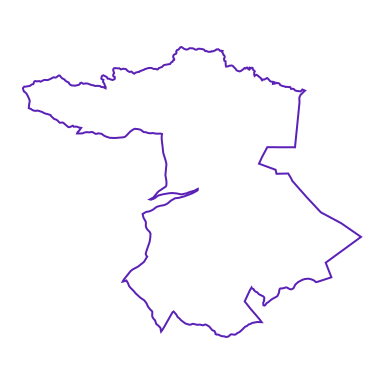 Maragwa, Central, Kenya
{"feature_id": "3690345B66962140424276", "entity_name": "Maragwa", "entity_type": "district", "adm_level": 2, "iso_a3": "KEN", "parent_name": "Kenya", "parent_adm1": "Central", "projection": "albers", "projection_center": [37.15, -0.878], "detail": "fine", "context": "isolated", "style": "outline", "palette": "violet", "viewbox_px": 384, "rotation_deg": 0, "n_neighbors": 0, "source": "geoboundaries", "source_scale": "gbopen_adm2", "svg_char_len": 5809}
<svg xmlns="http://www.w3.org/2000/svg" viewBox="0 0 384 384"><path d="M361.0,236.9L341.3,223.3L320.8,212.3L306.8,197.3L292.4,181.0L291.1,178.3L288.2,173.5L276.5,173.8L275.6,169.8L259.0,163.7L262.1,156.9L267.3,147.2L295.0,147.3L299.5,102.4L299.3,98.4L299.5,97.1L300.5,94.9L305.0,90.6L302.3,89.5L301.5,90.7L300.3,91.4L296.7,90.9L295.0,90.4L294.1,89.3L293.2,88.8L291.0,88.9L290.6,87.7L289.8,86.9L288.7,87.1L286.7,86.8L285.7,87.0L284.9,86.5L282.4,86.0L280.0,84.9L279.6,83.8L278.7,83.2L277.7,83.2L276.7,82.8L275.6,83.4L272.9,83.9L273.0,82.8L273.9,82.1L273.0,81.8L271.0,81.6L270.2,81.2L268.1,78.8L267.1,78.0L264.8,79.3L263.9,79.6L262.9,79.4L262.1,80.3L261.5,79.5L261.0,78.3L257.6,75.5L256.5,74.8L255.4,75.2L254.6,75.9L254.2,74.8L254.2,72.5L254.8,71.3L252.8,69.4L252.7,68.1L252.0,67.7L250.7,68.1L249.5,67.6L249.0,68.3L250.0,68.8L249.5,69.6L248.5,69.3L247.0,67.5L246.2,67.8L245.6,68.5L244.4,68.1L243.7,68.9L241.7,70.4L240.6,71.1L239.5,71.4L237.5,70.8L236.2,69.9L235.5,68.7L232.7,65.9L231.7,65.5L229.4,65.7L228.3,66.3L226.1,66.6L225.8,65.6L225.5,61.2L224.4,60.8L224.1,59.8L224.0,58.6L224.6,57.8L224.7,56.5L224.3,55.5L223.5,55.0L223.2,53.9L222.1,52.1L222.6,51.0L221.3,50.7L220.2,50.9L219.3,49.9L218.2,49.2L217.3,49.5L216.5,49.4L215.4,50.3L212.7,51.4L211.6,51.2L210.7,51.8L208.3,51.8L206.2,50.9L205.3,51.1L203.8,49.5L201.1,48.9L198.4,48.7L196.6,49.7L194.8,49.4L193.8,48.7L192.6,48.3L189.6,48.2L187.8,49.3L186.2,49.6L184.1,48.8L181.5,47.0L180.4,47.3L178.4,49.7L177.2,49.9L176.2,51.4L176.5,52.6L176.1,53.7L174.8,54.2L173.6,55.1L173.2,56.3L173.2,57.2L174.3,59.2L173.9,60.2L172.9,60.5L172.5,61.8L171.3,62.3L170.1,64.0L164.2,65.0L163.5,65.4L162.1,66.9L158.7,68.2L158.1,69.1L157.2,69.5L156.0,69.0L153.6,68.9L151.7,68.1L150.2,67.9L148.7,68.0L144.9,69.1L144.0,69.7L139.9,71.2L139.3,71.9L138.3,71.9L135.5,72.7L134.2,73.7L132.9,72.9L131.6,71.6L129.4,71.9L128.6,71.5L127.6,70.9L125.9,69.1L123.3,68.7L120.9,69.4L119.4,68.3L118.5,68.4L115.1,68.1L114.0,68.3L113.3,69.2L113.2,70.3L114.1,73.1L113.2,74.7L113.2,75.8L113.5,76.5L114.7,76.9L114.8,77.9L114.7,78.9L113.7,79.6L112.6,80.0L110.2,79.3L108.9,78.6L107.7,78.7L106.7,77.0L103.3,75.3L102.2,75.8L101.7,76.6L101.3,78.3L101.6,79.1L103.4,79.8L103.0,81.7L104.3,83.7L104.8,85.5L105.7,87.2L105.6,88.3L103.2,87.1L101.2,87.0L100.1,86.1L97.4,85.8L95.0,86.0L93.2,85.2L92.0,85.2L87.7,83.6L86.1,83.4L83.4,83.8L81.3,82.7L80.3,83.0L79.8,84.1L78.9,84.8L75.2,85.7L71.6,85.4L70.0,84.5L69.2,83.7L68.8,82.6L66.4,81.4L65.3,80.6L64.6,79.6L61.8,78.1L59.7,75.5L58.7,75.5L56.6,77.1L55.6,77.6L53.4,77.3L50.9,78.7L48.5,79.8L47.5,80.1L44.6,79.9L43.5,80.2L40.5,81.7L39.4,81.1L36.6,81.4L35.4,81.0L34.3,81.5L33.3,84.1L31.9,84.4L29.9,85.9L25.2,86.7L24.3,86.6L23.4,87.4L23.0,88.2L23.1,89.1L23.9,91.4L24.9,92.1L26.4,93.5L27.8,96.0L29.6,100.1L29.7,101.3L29.0,105.4L28.8,108.2L30.8,108.9L32.7,110.2L33.8,110.6L36.0,110.9L37.1,110.6L38.3,110.7L42.4,112.1L44.5,113.3L49.6,114.7L50.7,115.2L51.1,116.1L54.2,119.0L56.2,119.6L57.5,120.5L59.5,122.6L60.6,122.7L62.4,122.5L63.3,122.8L68.2,127.0L69.5,127.2L72.9,125.7L73.7,126.7L76.4,126.6L79.0,127.5L81.1,127.9L79.1,130.7L77.6,132.2L77.1,133.5L82.3,133.4L84.7,132.5L86.7,132.1L89.0,132.4L91.7,132.0L92.6,132.1L95.4,133.8L96.9,133.8L98.2,133.3L101.6,133.8L103.8,135.5L105.5,136.4L109.7,137.8L115.1,138.0L123.2,137.3L124.5,137.0L125.6,136.4L130.2,131.6L132.6,129.9L133.8,129.2L134.9,128.8L138.4,129.2L140.7,129.8L143.6,132.0L146.1,132.3L148.4,133.1L151.0,133.3L152.4,133.0L156.5,133.7L160.6,133.6L162.0,134.0L161.7,136.3L161.7,139.2L163.3,153.1L165.4,159.8L166.3,163.3L166.4,164.6L165.4,175.1L166.3,180.3L166.5,182.7L166.4,185.0L166.2,185.8L165.7,186.6L158.8,191.2L157.7,192.2L153.4,197.5L149.8,199.4L150.8,199.7L153.3,198.9L155.0,198.0L156.7,196.6L158.4,195.5L162.4,194.4L168.7,193.3L172.1,193.0L176.5,193.4L181.3,194.4L186.6,193.3L189.2,192.2L194.7,190.6L196.9,189.3L197.8,188.9L197.8,190.0L197.1,190.7L192.2,193.4L183.9,196.5L180.8,197.3L179.5,197.7L175.0,198.3L170.8,200.7L168.2,203.0L166.2,204.3L163.8,205.2L160.2,205.8L156.6,206.9L152.6,209.9L149.8,211.2L148.5,211.6L146.3,211.8L142.6,214.0L143.5,217.7L145.7,221.6L145.9,222.9L145.8,225.5L146.2,227.6L147.5,229.7L149.5,231.7L150.5,233.6L150.3,237.4L149.6,241.9L146.2,251.8L145.7,253.8L146.5,255.9L147.2,256.6L144.1,261.7L143.0,262.7L137.9,266.7L132.6,269.5L130.5,271.2L123.8,279.6L122.7,281.6L124.1,281.3L126.4,280.5L127.9,283.0L129.1,286.0L130.3,287.6L133.6,290.9L135.9,293.6L140.6,297.9L144.0,300.1L145.9,302.4L146.9,304.0L147.8,306.3L148.3,307.1L150.8,310.1L151.7,310.8L152.3,311.8L152.2,316.0L152.4,316.9L153.5,318.7L155.1,320.4L156.2,323.9L158.2,325.5L160.3,327.7L160.7,328.9L160.8,330.4L161.1,331.6L163.1,328.8L172.5,312.3L173.6,311.5L176.1,314.3L177.7,317.1L179.5,318.5L181.1,320.3L185.4,323.5L188.9,324.6L190.4,324.7L192.5,323.9L193.5,323.9L197.1,324.8L199.9,324.6L202.3,325.2L203.4,325.2L205.0,324.5L206.1,324.7L209.2,326.5L212.3,330.2L214.5,331.1L215.5,333.1L215.5,334.1L216.6,334.6L218.0,334.5L221.5,336.1L224.4,336.4L226.2,337.0L227.4,336.8L228.7,336.3L230.4,334.7L231.1,334.3L234.7,334.7L235.7,334.4L237.2,333.2L239.4,332.1L240.3,331.4L242.8,329.1L243.6,328.1L244.4,327.6L245.2,326.6L246.8,326.1L248.7,324.4L249.9,324.2L252.3,322.9L257.3,322.0L261.7,322.2L259.4,319.1L250.4,308.6L244.7,301.4L250.0,290.0L251.5,287.6L251.8,288.5L252.9,288.7L253.8,289.4L254.0,290.2L255.6,291.6L257.2,292.3L258.7,294.0L259.6,294.6L263.2,296.3L264.2,297.4L264.3,298.8L263.9,299.8L264.2,300.7L263.2,302.6L263.4,305.2L264.2,305.6L265.2,305.2L266.7,303.0L268.0,302.4L270.2,300.5L271.9,299.2L277.0,296.4L277.6,295.7L278.9,292.8L279.5,289.3L280.2,288.5L282.5,288.4L286.1,287.4L287.1,287.6L289.5,289.0L291.0,289.4L292.5,288.9L293.6,288.0L295.3,284.6L298.1,282.1L302.2,279.9L304.9,279.0L308.5,278.7L310.5,279.1L313.4,280.1L316.0,282.1L317.9,281.7L331.4,277.3L325.7,262.7L361.0,236.9Z" fill="none" stroke="#5b21b6" stroke-width="2"/></svg>